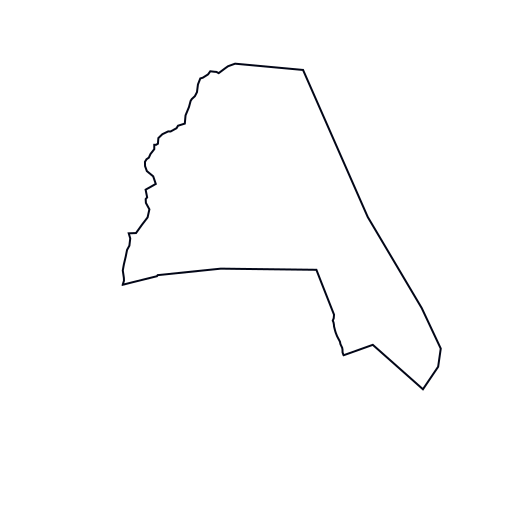 the district of Choppin, Anse-la-Raye, Saint Lucia, rotated 337°
{"feature_id": "8701671B98444413378484", "entity_name": "Choppin", "entity_type": "district", "adm_level": 2, "iso_a3": "LCA", "parent_name": "Saint Lucia", "parent_adm1": "Anse-la-Raye", "projection": "mercator", "projection_center": [-60.989, 13.954], "detail": "fine", "context": "isolated", "style": "outline", "palette": "ink", "viewbox_px": 512, "rotation_deg": 337, "n_neighbors": 0, "source": "geoboundaries", "source_scale": "gbopen_adm2", "svg_char_len": 1349}
<svg xmlns="http://www.w3.org/2000/svg" viewBox="0 0 512 512"><g transform="rotate(337 256 256)"><path d="M389.9,413.4L388.2,368.7L374.1,263.8L372.0,103.1L371.8,103.0L371.2,102.7L311.9,70.8L304.4,70.4L301.2,71.1L293.1,73.1L291.5,71.1L289.6,70.1L286.1,68.1L282.8,70.1L276.7,71.1L274.1,70.8L269.6,75.4L265.7,82.1L262.2,85.0L258.3,86.4L256.4,87.7L252.5,92.7L246.1,99.0L242.2,106.3L235.1,105.6L232.8,107.3L226.1,108.0L223.8,107.0L217.4,107.3L212.2,109.3L209.6,114.3L207.4,114.6L205.8,113.9L204.1,117.9L198.7,120.9L195.8,123.6L192.9,124.2L192.6,124.5L190.6,125.9L189.0,129.9L188.7,135.2L192.5,142.5L192.2,146.5L191.9,150.5L180.3,151.8L178.7,159.5L176.7,160.5L175.4,164.1L176.1,171.4L171.3,178.1L163.2,182.7L154.5,188.0L147.7,185.4L147.1,190.7L143.5,197.0L139.7,200.0L135.8,205.7L131.9,211.0L131.1,212.1L130.3,213.3L127.7,217.3L127.4,218.5L125.8,224.6L124.8,227.2L122.2,230.2L122.1,230.4L131.9,231.9L156.9,235.9L157.7,235.4L158.0,235.2L218.7,253.9L237.1,262.0L306.2,292.3L305.8,305.9L304.9,340.5L303.2,343.7L301.4,345.5L301.4,347.4L300.8,350.0L300.4,351.0L300.3,351.4L299.7,355.2L299.5,356.8L299.4,358.0L299.3,361.5L299.4,362.8L299.8,367.7L299.3,370.0L299.4,373.2L299.5,373.9L299.4,374.3L299.1,375.8L298.0,378.6L297.9,380.2L297.8,381.3L297.9,381.6L328.8,383.4L357.6,443.9L380.4,429.1L389.9,413.4Z" fill="none" stroke="#020617" stroke-width="2"/></g></svg>